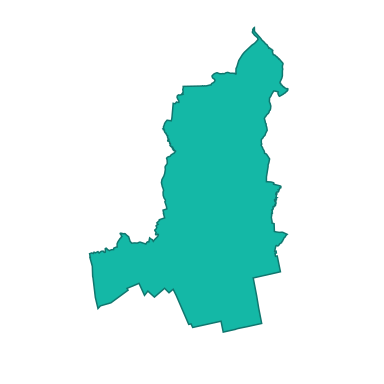 Sfantu Gheorghe, Covasna, Romania, rotated 76°
{"feature_id": "2599482B96235819306010", "entity_name": "Sfantu Gheorghe", "entity_type": "district", "adm_level": 2, "iso_a3": "ROU", "parent_name": "Romania", "parent_adm1": "Covasna", "projection": "mercator", "projection_center": [25.764, 45.85], "detail": "fine", "context": "isolated", "style": "filled", "palette": "teal", "viewbox_px": 384, "rotation_deg": 76, "n_neighbors": 0, "source": "geoboundaries", "source_scale": "gbopen_adm2", "svg_char_len": 5948}
<svg xmlns="http://www.w3.org/2000/svg" viewBox="0 0 384 384"><g transform="rotate(76 192 192)"><path d="M282.3,311.4L280.5,308.7L280.3,308.0L279.9,297.5L271.8,277.8L269.8,278.4L267.8,265.5L280.8,263.1L277.5,258.8L284.9,253.9L278.8,241.9L284.2,238.7L281.8,233.8L288.7,232.3L319.7,227.2L319.7,224.9L323.6,224.1L324.4,195.1L335.5,195.6L335.8,182.9L335.6,182.0L335.6,179.4L336.0,171.0L336.4,156.2L321.0,155.4L308.5,154.4L290.2,153.4L290.8,125.5L274.7,124.8L274.6,126.5L271.5,126.3L271.6,124.9L269.7,124.7L269.4,126.1L264.8,123.8L264.3,123.1L265.0,122.2L265.0,121.3L264.2,120.1L263.5,119.5L262.8,117.3L261.9,116.8L261.3,115.8L261.0,115.8L260.1,114.8L258.9,113.9L258.1,112.4L256.9,111.4L256.1,109.9L253.2,113.5L252.8,114.3L252.3,117.1L251.1,120.0L250.2,121.6L242.6,120.0L241.4,121.9L240.4,121.5L235.9,121.2L233.8,120.3L232.5,120.1L232.1,119.9L232.4,119.5L231.5,118.6L231.7,119.1L231.4,119.4L230.4,118.8L229.5,118.7L228.9,118.9L228.5,118.2L229.2,117.7L228.5,117.8L227.9,117.5L227.7,117.2L226.2,117.1L225.8,116.7L226.2,115.9L224.9,115.0L225.4,114.5L225.1,114.2L224.3,114.5L223.9,114.2L224.1,113.9L223.9,113.5L222.9,113.1L222.6,113.2L221.6,113.0L221.7,113.6L221.5,113.8L220.4,113.9L220.3,113.7L220.7,113.6L220.4,112.9L220.2,113.6L219.5,113.8L219.2,113.2L219.6,112.9L219.7,112.1L218.8,112.0L218.2,111.1L218.1,111.7L217.7,112.0L217.1,111.5L215.6,111.0L214.4,110.0L214.2,110.2L214.8,110.9L214.6,111.2L213.6,110.9L213.3,110.3L212.8,110.2L212.5,109.6L212.5,109.1L212.9,108.7L212.5,107.9L212.0,107.6L210.9,107.7L211.2,107.1L210.5,106.5L209.3,106.0L209.2,105.7L209.5,105.2L209.4,104.8L208.2,104.4L207.8,104.5L207.3,105.2L204.2,110.9L203.3,110.4L202.9,110.9L202.6,110.8L201.4,112.9L200.0,117.3L195.3,116.1L186.0,112.1L184.1,111.6L182.3,110.4L178.7,108.7L173.7,110.4L172.8,111.0L172.0,112.2L170.3,112.0L168.9,112.2L167.2,112.8L166.0,112.8L163.6,113.6L162.7,113.3L162.4,112.7L160.9,112.8L158.5,112.2L157.7,111.8L156.7,110.1L155.7,109.3L154.7,107.5L152.8,106.3L150.3,104.1L147.1,103.8L145.6,104.0L143.8,103.6L142.4,104.1L141.2,103.9L138.2,104.0L137.1,103.2L136.7,102.4L135.0,100.6L134.1,98.8L133.0,97.8L132.1,97.4L131.7,97.0L131.5,96.4L130.4,95.7L127.6,94.7L126.6,94.8L125.6,94.7L123.2,95.1L119.5,94.0L118.3,92.5L116.4,91.0L113.8,88.3L114.2,86.9L115.7,84.2L117.4,84.8L119.7,84.4L120.3,83.9L119.2,79.9L118.5,78.5L118.3,77.4L117.6,76.6L117.2,75.4L116.5,74.9L116.5,74.6L115.2,74.0L114.7,74.6L114.9,74.9L114.3,75.8L112.7,77.4L112.1,77.5L112.0,78.0L110.0,78.9L109.8,79.4L108.5,79.8L108.1,79.6L107.4,80.3L106.5,79.9L103.4,77.4L101.2,76.2L96.1,74.9L94.7,74.2L93.3,74.2L91.3,73.7L90.4,73.0L89.2,72.6L84.4,75.0L84.3,75.5L83.7,75.4L83.4,75.8L82.6,76.1L82.3,76.6L81.7,76.6L81.2,77.1L81.1,77.4L80.0,77.9L79.3,78.4L79.1,79.0L78.8,79.1L78.4,79.9L75.3,80.1L74.5,79.4L74.1,79.4L73.9,79.8L72.9,80.1L72.0,81.3L71.0,81.8L71.0,82.5L70.8,82.4L68.9,83.2L67.3,83.6L65.8,85.0L64.4,85.5L61.2,87.6L59.9,88.0L51.3,92.5L47.6,91.7L47.9,92.5L49.1,93.8L49.9,93.8L50.9,94.5L52.0,94.8L52.8,94.3L55.0,93.4L58.1,91.1L60.0,91.0L62.3,94.3L63.1,95.8L64.0,98.3L69.1,107.4L70.8,109.7L75.7,114.8L81.4,118.2L82.8,119.4L86.4,120.4L88.0,120.6L88.1,121.0L87.9,121.4L87.0,122.2L87.0,122.8L86.6,123.7L86.1,126.0L84.6,128.3L84.5,130.0L84.7,130.8L85.0,131.6L84.9,132.6L84.5,133.4L84.5,134.3L84.1,136.0L83.7,136.9L82.4,138.7L82.3,139.4L82.6,141.5L82.9,142.4L84.1,144.4L84.7,144.6L86.3,144.4L88.0,143.0L88.8,142.7L89.3,142.7L90.4,143.5L91.1,145.0L91.5,146.6L91.9,147.1L92.7,147.6L92.5,148.6L92.5,152.8L92.0,154.2L92.1,155.0L91.5,155.9L91.5,157.0L87.4,175.0L89.1,175.4L90.1,176.1L92.9,176.4L94.2,177.8L94.4,178.6L94.4,177.1L94.9,176.9L95.1,177.5L95.0,178.4L95.0,180.3L94.5,181.7L95.2,183.0L96.4,183.6L98.2,183.4L99.9,182.8L101.0,182.8L101.9,183.1L101.5,184.3L101.0,185.0L100.9,185.3L102.2,186.8L102.0,187.6L101.4,188.8L114.2,193.2L116.1,193.9L117.9,195.0L116.3,198.8L117.9,201.0L119.2,202.2L120.8,203.0L121.1,203.4L122.0,204.0L123.2,204.1L123.5,204.7L123.8,204.3L124.3,204.8L124.6,204.8L125.1,204.2L125.2,203.8L126.8,204.1L127.4,203.9L128.5,203.4L128.8,202.9L129.3,203.1L131.0,202.6L131.4,202.0L131.8,202.0L132.1,202.4L132.7,202.5L133.9,202.3L134.6,202.4L135.2,201.7L136.2,202.2L135.7,202.7L135.8,202.9L136.4,203.2L136.8,203.1L137.3,201.9L137.7,201.7L139.3,201.9L139.5,201.3L139.8,201.2L140.1,201.6L140.8,201.5L141.1,201.9L141.3,201.6L141.9,201.9L142.5,201.6L142.9,200.7L143.3,200.5L143.5,200.9L144.2,200.4L144.2,200.1L145.3,200.5L145.7,200.2L145.6,199.8L146.1,200.0L146.1,199.6L146.6,199.3L147.1,199.7L147.4,199.6L147.5,199.5L147.3,199.0L148.4,198.1L150.0,199.9L150.0,200.8L150.5,201.6L150.8,203.1L152.1,204.6L152.0,205.4L152.3,207.4L153.1,208.5L154.9,208.4L158.4,209.1L160.7,211.8L161.8,212.2L163.6,212.4L167.2,213.9L169.5,215.3L172.6,218.1L175.5,219.4L179.6,219.5L181.8,219.2L183.6,219.2L185.1,220.1L188.4,220.8L191.4,220.5L193.0,219.8L194.4,220.0L194.9,220.7L199.9,220.3L202.3,220.5L202.6,224.5L206.1,224.7L206.1,224.9L210.5,224.8L211.0,230.4L211.6,230.4L213.5,233.6L215.2,232.8L215.4,233.8L216.2,235.1L217.8,234.7L219.3,235.9L219.7,237.1L220.4,237.4L222.6,236.6L224.0,237.6L224.8,237.4L224.9,237.1L224.6,235.6L225.0,235.0L225.4,235.0L226.9,236.1L229.2,239.9L230.5,241.5L228.6,242.1L227.8,243.1L226.3,244.2L230.0,246.0L229.6,247.2L230.0,248.1L231.3,249.4L228.1,254.4L228.0,255.2L228.3,257.0L228.3,257.6L227.5,260.1L227.1,262.8L225.0,264.0L220.1,264.3L217.9,266.0L216.4,266.9L216.1,267.4L215.8,269.1L215.4,269.5L215.4,270.2L214.7,270.8L214.7,271.1L214.8,271.7L215.2,271.8L216.2,271.2L217.7,271.1L218.3,270.8L218.8,271.8L219.3,272.1L219.8,273.1L222.4,275.9L224.1,277.2L227.2,277.9L227.1,278.2L227.3,280.0L227.6,281.5L228.9,282.0L228.5,284.2L228.9,286.4L227.0,288.3L226.6,288.2L225.7,288.9L226.0,289.9L229.1,290.5L229.5,290.8L229.4,291.7L229.1,292.0L228.1,292.2L227.6,293.6L227.7,294.7L228.7,296.9L227.1,297.7L227.7,300.5L226.7,301.6L227.8,302.7L226.9,303.9L227.1,306.3L230.9,306.5L230.8,306.9L240.0,306.7L249.8,308.8L251.3,308.8L271.0,311.3L282.3,311.4Z" fill="#14b8a6" stroke="#0f766e" stroke-width="1.5"/></g></svg>